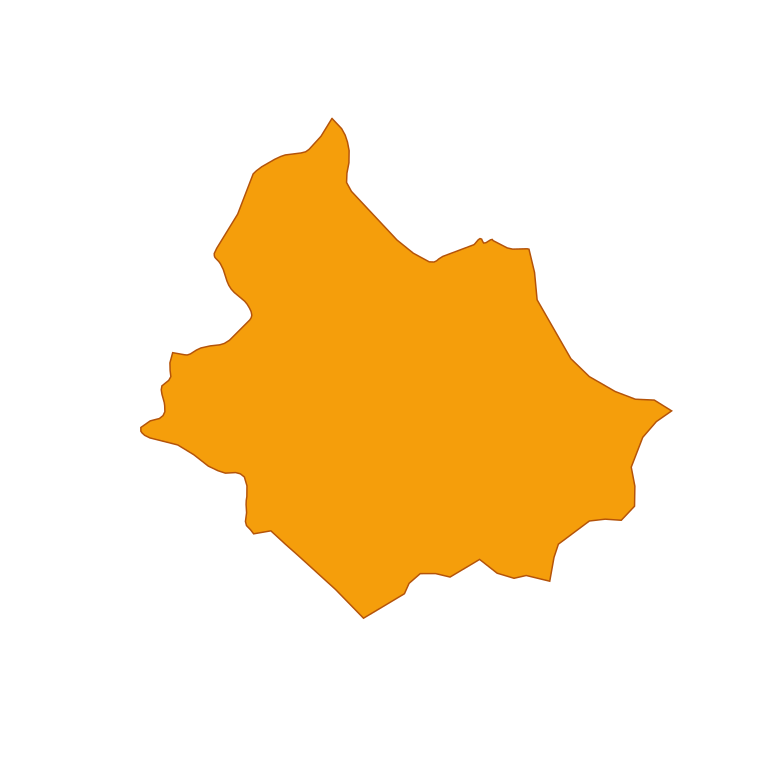 SVG path tracing the border of Kindia, rotated 239°
{"feature_id": "GIN-5643", "entity_name": "Kindia", "entity_type": "Prefecture", "adm_level": 1, "iso_a3": "GIN", "parent_name": "Guinea", "parent_adm1": "", "projection": "orthographic", "projection_center": [-12.581, 10.091], "detail": "fine", "context": "isolated", "style": "filled", "palette": "amber", "viewbox_px": 768, "rotation_deg": 239, "n_neighbors": 0, "source": "natural_earth", "source_scale": "10m", "svg_char_len": 1863}
<svg xmlns="http://www.w3.org/2000/svg" viewBox="0 0 768 768"><g transform="rotate(239 384 384)"><path d="M638.4,476.2L624.7,479.2L617.3,478.9L610.2,477.3L602.0,474.3L591.7,467.9L583.8,460.8L576.0,455.7L565.9,455.3L500.7,469.3L481.0,476.5L465.4,485.7L462.8,489.7L462.5,492.5L463.0,495.5L463.1,500.1L457.1,532.8L457.4,534.1L459.1,539.1L459.2,541.2L457.9,542.3L455.6,542.0L453.5,542.0L452.6,544.1L452.7,549.5L452.2,551.2L450.7,551.4L437.2,559.7L433.3,563.8L426.2,576.3L424.9,577.7L402.1,570.5L377.3,558.6L309.4,557.2L284.6,563.8L258.5,578.3L241.5,591.6L231.0,607.4L212.8,616.7L211.5,598.1L205.0,578.3L185.4,553.1L167.2,546.4L150.2,535.8L145.0,517.2L154.2,504.0L160.8,489.5L156.9,451.0L147.8,440.4L129.6,424.5L146.6,407.3L150.5,395.4L163.6,383.5L184.4,375.6L184.5,341.2L194.9,330.6L202.8,317.4L200.2,302.8L193.7,293.5L193.8,245.8L232.9,236.6L281.1,222.1L297.3,217.0L316.4,211.4L322.7,195.1L327.8,194.5L333.4,193.2L337.5,194.4L344.4,199.9L351.7,203.7L355.2,206.0L358.2,208.5L367.3,214.1L376.2,216.4L381.0,214.6L384.5,211.2L389.3,202.1L395.2,197.0L404.1,191.1L421.4,184.5L438.0,175.8L458.3,155.6L463.3,152.4L466.7,151.4L468.8,151.3L472.0,153.2L472.8,164.6L470.1,173.7L470.7,178.3L473.1,181.9L478.3,184.8L481.3,186.1L489.6,188.4L493.8,190.1L496.8,192.7L498.0,201.4L500.1,205.1L505.7,207.6L512.4,211.4L519.7,219.0L511.7,228.2L510.2,230.3L509.5,233.5L509.7,240.7L509.2,245.6L506.2,254.6L502.2,263.3L501.0,268.0L501.1,274.1L508.1,302.1L509.3,304.4L511.0,306.1L514.5,307.4L518.5,307.8L522.8,307.8L526.8,307.2L539.5,302.8L544.0,301.9L548.6,301.8L553.1,302.4L564.9,305.2L571.2,305.7L574.1,305.5L578.7,304.4L580.1,304.3L581.5,304.7L583.3,305.7L586.5,310.5L605.0,346.1L631.5,380.1L632.5,384.5L633.2,391.2L632.9,406.1L632.2,412.7L631.2,417.3L624.8,431.8L623.4,436.4L623.7,440.5L628.8,457.6L638.4,476.1L638.4,476.2Z" fill="#f59e0b" stroke="#b45309" stroke-width="1.5"/></g></svg>